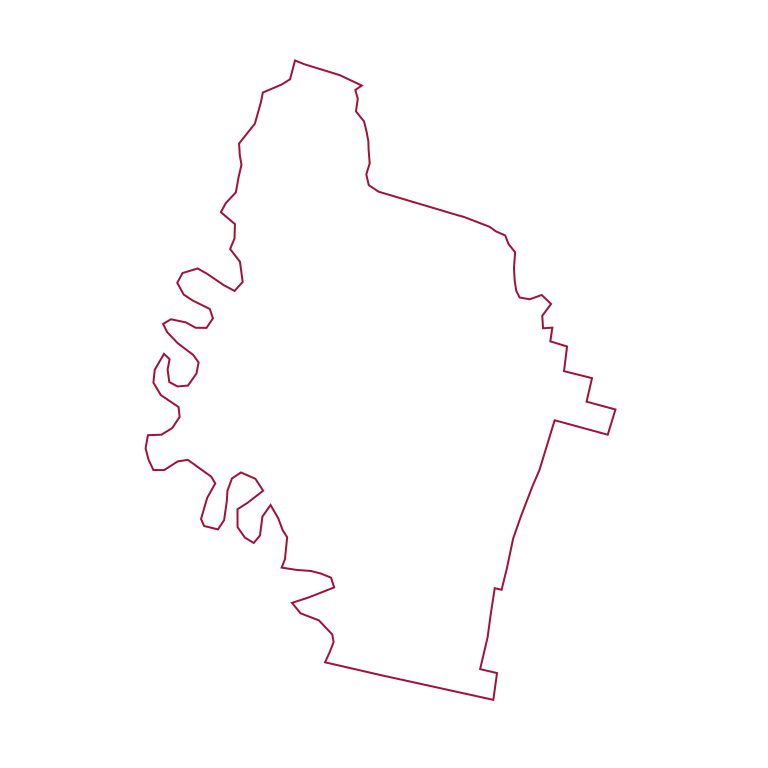 the district of Anta Gorda, Rio Grande do Sul, Brazil, rotated 197°
{"feature_id": "56859067B56588951135197", "entity_name": "Anta Gorda", "entity_type": "district", "adm_level": 2, "iso_a3": "BRA", "parent_name": "Brazil", "parent_adm1": "Rio Grande do Sul", "projection": "mercator", "projection_center": [-51.971, -28.974], "detail": "fine", "context": "isolated", "style": "outline", "palette": "rose", "viewbox_px": 768, "rotation_deg": 197, "n_neighbors": 0, "source": "geoboundaries", "source_scale": "gbopen_adm2", "svg_char_len": 1966}
<svg xmlns="http://www.w3.org/2000/svg" viewBox="0 0 768 768"><g transform="rotate(197 384 384)"><path d="M594.1,308.1L573.7,301.9L569.8,292.7L573.6,280.0L582.1,270.4L594.8,266.0L593.2,252.8L587.2,243.0L579.4,234.3L569.1,237.4L558.6,249.7L549.4,254.1L522.2,244.9L516.3,239.6L519.8,223.3L519.5,201.4L514.5,195.6L500.3,196.4L497.1,207.1L500.1,226.2L502.5,236.0L501.8,249.2L494.9,257.6L479.2,255.7L468.4,246.6L479.9,230.3L487.5,221.4L482.2,204.3L472.1,196.4L462.1,193.9L458.3,202.9L461.5,221.6L457.1,235.1L445.9,224.7L438.2,214.6L431.8,209.1L427.5,187.4L428.2,178.5L412.9,180.7L399.4,183.8L389.1,184.3L378.0,183.3L372.2,174.9L393.6,157.9L408.0,147.8L396.7,140.3L377.1,138.9L360.2,129.3L356.7,122.3L357.6,111.2L359.0,100.6L301.3,104.7L187.1,113.9L191.4,140.6L208.7,139.4L210.9,172.3L214.5,194.2L218.4,221.1L211.4,221.6L212.6,243.9L215.3,273.8L214.4,297.1L212.1,330.0L210.2,347.1L210.2,399.2L155.2,400.9L155.2,427.3L185.1,426.3L186.8,450.4L215.6,448.9L219.9,473.4L237.4,473.4L239.5,487.1L248.2,483.8L252.6,495.5L247.6,509.4L259.2,515.2L269.4,507.6L279.6,506.4L284.8,511.8L289.0,520.5L293.6,532.8L297.1,548.3L305.9,554.3L311.5,561.5L321.7,562.7L329.0,565.2L356.3,567.1L367.5,566.9L445.3,566.3L456.7,569.7L462.2,579.3L462.2,590.8L467.2,603.5L469.9,611.5L474.5,620.3L479.8,629.2L490.5,636.5L492.5,649.2L497.4,656.8L492.5,662.9L516.5,666.4L553.6,666.5L563.7,667.4L562.9,648.0L569.4,640.5L585.1,627.3L584.1,617.7L583.6,595.2L592.9,571.6L588.7,560.4L584.4,552.0L583.6,539.9L581.7,523.9L588.2,510.7L590.2,500.6L573.3,493.3L569.5,479.5L570.6,468.1L557.5,458.8L549.0,440.3L554.1,429.3L565.9,431.6L585.6,437.7L596.0,440.0L609.1,431.2L611.3,420.3L601.7,411.0L591.4,407.9L572.5,404.8L566.8,396.8L570.1,385.8L580.6,382.7L591.4,385.0L606.7,383.6L612.8,376.8L606.4,370.1L593.2,362.7L574.9,356.0L567.6,350.4L566.4,339.2L571.0,325.2L580.6,321.3L589.9,323.1L595.1,334.4L596.3,345.1L603.2,348.5L607.4,330.5L604.9,317.8L594.1,308.1Z" fill="none" stroke="#9f1239" stroke-width="2"/></g></svg>